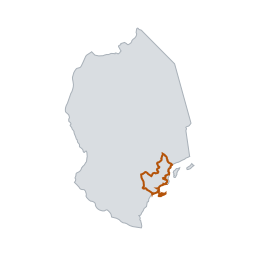 Pwani on a map of United Republic of Tanzania (Albers equal-area conic projection), rotated 46°
{"feature_id": "TZA-3382", "entity_name": "Pwani", "entity_type": "Region", "adm_level": 1, "iso_a3": "TZA", "parent_name": "United Republic of Tanzania", "parent_adm1": "", "projection": "albers", "projection_center": [38.969, -7.175], "detail": "fine", "context": "in_parent", "style": "outline", "palette": "amber", "viewbox_px": 256, "rotation_deg": 46, "n_neighbors": 0, "source": "natural_earth", "source_scale": "10m", "svg_char_len": 7670}
<svg xmlns="http://www.w3.org/2000/svg" viewBox="0 0 256 256"><g transform="rotate(46 128 128)"><path d="M100.2,172.9L97.8,171.7L95.7,170.9L93.9,170.1L93.1,169.3L91.5,169.0L90.0,168.9L88.7,168.2L86.0,167.9L85.7,167.4L85.6,166.3L85.2,166.0L84.2,165.7L83.1,165.8L82.5,165.9L82.1,165.9L81.2,165.2L80.4,164.4L80.0,163.0L78.8,162.2L77.3,161.5L73.4,161.7L72.7,161.5L71.8,160.8L70.7,159.7L69.8,158.4L68.9,156.7L68.1,154.3L63.4,145.0L62.9,143.2L61.9,141.2L60.4,138.8L58.9,137.1L56.7,135.5L54.3,133.9L53.0,132.8L50.5,128.4L49.9,126.4L49.5,124.2L49.6,123.4L51.1,120.6L51.2,119.8L51.0,118.7L50.2,116.5L49.2,113.9L47.2,109.0L46.9,107.8L46.9,106.9L47.9,101.9L47.9,101.2L52.5,101.2L55.8,99.0L58.7,95.7L59.2,94.3L60.4,92.2L61.5,91.2L61.9,90.4L62.6,88.4L64.1,86.9L65.6,85.8L65.2,85.1L65.5,84.8L66.3,84.2L67.8,83.7L68.1,82.6L68.1,81.4L67.8,80.7L67.9,79.9L67.6,79.4L66.6,79.3L65.0,78.8L63.7,78.5L62.8,78.2L62.5,77.9L62.4,77.2L63.0,75.3L62.3,74.5L63.9,71.4L64.1,71.0L64.7,70.9L65.6,70.6L66.5,70.4L67.2,70.5L67.7,70.4L68.2,70.0L68.5,68.9L68.8,67.1L68.6,65.7L67.9,64.6L67.7,62.9L68.0,60.6L67.7,58.7L67.0,57.2L66.2,56.3L65.0,55.9L63.2,53.6L62.6,52.5L62.7,51.8L63.3,51.5L64.5,51.6L65.5,51.3L66.5,50.6L67.5,50.4L68.1,50.5L114.2,49.9L168.2,79.3L168.4,79.6L168.8,82.2L168.7,83.1L167.9,84.6L167.7,85.3L167.7,85.9L167.9,86.1L168.6,86.2L169.2,86.5L169.4,86.8L169.9,87.9L170.5,88.5L190.8,103.1L191.3,103.3L191.0,104.5L189.8,107.5L189.8,108.8L189.3,110.2L188.9,111.2L187.7,115.4L186.7,117.0L185.4,120.7L185.2,123.5L185.9,125.4L186.2,127.3L187.8,129.1L189.0,129.8L189.9,130.6L191.4,132.5L192.2,134.4L194.9,135.3L196.0,137.4L195.6,138.9L194.3,140.1L193.2,142.1L192.2,144.7L192.2,148.6L192.8,148.0L194.3,149.0L194.4,151.9L193.0,155.3L192.5,156.9L192.4,158.2L193.5,162.3L195.1,164.3L195.0,165.0L194.6,165.5L197.3,169.2L197.1,172.3L198.1,174.8L198.5,177.0L199.2,178.6L199.4,179.7L198.5,181.0L200.5,181.3L201.7,182.3L202.2,183.3L203.7,183.3L204.5,184.0L205.6,184.5L208.1,186.2L208.7,187.0L209.1,187.8L202.3,193.0L199.8,194.3L198.0,194.9L196.2,195.3L194.4,196.1L192.7,197.4L190.5,198.0L187.9,198.0L185.1,198.9L180.7,201.6L178.2,200.1L176.2,199.7L173.9,199.7L172.5,199.9L172.0,200.2L171.6,201.1L171.2,202.6L169.7,204.1L167.1,205.5L164.6,206.0L162.4,205.7L160.9,205.1L160.1,204.3L159.0,203.9L157.5,204.0L156.0,204.6L154.6,205.7L152.4,206.1L149.3,206.0L147.7,205.5L147.4,204.6L146.1,203.6L143.6,202.4L141.8,202.4L140.7,203.5L139.6,204.3L138.6,204.6L137.8,204.6L136.5,204.3L133.2,204.2L129.9,204.3L129.6,202.6L128.9,201.6L128.3,201.0L127.2,200.9L126.9,200.4L126.5,199.3L126.0,198.5L125.3,197.7L124.8,197.1L124.7,196.4L124.8,195.7L125.4,194.0L125.6,192.8L125.5,191.6L125.2,190.4L124.4,189.0L124.5,188.5L124.2,187.5L124.2,186.8L124.3,186.0L124.2,184.8L123.5,182.4L123.5,181.7L122.8,180.5L120.6,177.8L120.5,177.4L117.1,174.6L115.8,174.0L115.3,174.5L115.1,175.0L115.3,175.9L115.2,176.4L115.0,176.6L114.2,176.6L113.7,176.5L112.5,175.7L111.5,175.5L109.0,175.7L108.2,175.9L107.5,175.7L106.2,174.4L104.6,174.2L103.3,174.1L101.0,172.7L100.2,172.9ZM195.3,125.0L196.4,128.1L196.2,128.7L195.4,129.1L195.0,129.1L194.5,128.6L194.2,127.5L193.6,127.8L192.6,126.5L191.6,126.5L190.7,125.0L191.0,123.7L190.8,121.4L191.9,120.3L192.5,118.4L193.2,119.7L193.4,121.7L194.3,124.1L195.3,125.0ZM200.7,106.5L200.8,107.2L200.5,107.9L200.6,110.1L200.5,111.6L199.6,113.6L199.0,114.3L198.4,114.1L197.9,113.8L197.5,113.2L198.3,109.5L197.9,106.8L199.4,107.0L200.7,106.5ZM198.4,151.4L197.6,151.6L197.3,151.4L196.8,150.8L197.6,150.3L198.4,149.3L200.3,147.8L201.2,146.6L201.1,147.8L200.0,150.3L199.1,150.4L198.4,151.4Z" fill="#d9dde1" stroke="#a8b0b8" stroke-width="1"/><path d="M194.4,139.7L194.2,139.9L194.2,140.2L194.1,140.4L194.1,140.6L193.9,140.8L193.7,141.0L193.4,141.1L193.5,141.3L193.4,141.6L193.2,141.6L192.8,141.6L192.9,141.8L193.1,142.0L193.2,142.5L193.0,143.0L192.8,143.3L192.5,143.6L192.3,144.2L192.0,145.8L192.0,146.1L192.1,146.4L192.3,146.9L192.3,147.2L192.3,147.4L192.2,147.6L192.4,148.1L192.4,148.4L191.7,149.1L192.1,149.0L192.5,148.7L192.7,148.2L192.8,147.7L193.0,147.9L193.2,148.1L193.2,148.3L193.0,148.5L193.5,148.5L193.8,148.5L194.0,148.7L194.4,149.1L194.5,149.3L194.4,149.6L194.2,150.1L194.1,150.3L194.3,150.8L194.3,151.4L194.4,151.6L194.6,151.5L194.7,151.4L194.6,151.9L194.4,152.3L194.0,153.0L193.5,154.3L193.3,154.7L193.2,154.7L193.1,155.0L193.0,155.5L192.9,155.7L192.9,155.8L192.8,156.0L192.6,155.8L192.4,155.7L192.4,155.9L192.4,156.0L192.1,156.2L192.2,156.4L191.4,155.9L190.7,155.9L187.9,156.5L186.1,157.1L185.2,157.3L184.9,157.2L184.5,156.9L183.5,157.2L183.1,157.8L182.8,158.6L182.2,159.0L181.3,159.0L181.1,158.4L180.9,157.0L179.8,156.0L179.1,155.5L177.7,154.3L176.9,153.9L175.2,153.5L173.4,152.9L172.7,152.5L170.7,150.9L170.8,150.8L170.8,150.6L170.9,150.3L171.0,149.6L171.2,149.4L171.3,149.3L171.4,149.1L171.4,148.4L171.6,147.7L171.6,146.9L171.7,146.2L172.1,145.8L172.7,145.6L174.0,145.3L174.5,145.4L175.0,145.5L175.7,145.4L176.4,145.1L178.8,144.7L178.8,144.2L178.6,143.6L177.9,141.8L178.3,140.7L178.7,140.1L179.2,139.8L179.8,139.7L180.1,139.1L180.6,138.5L181.0,137.7L180.9,137.5L180.8,137.4L180.7,136.8L180.5,136.6L180.1,136.7L179.9,136.5L179.6,136.4L179.4,136.5L179.1,136.6L178.8,136.4L178.6,136.2L178.2,136.2L177.7,135.4L177.8,134.6L178.2,133.7L177.9,132.6L177.7,132.5L177.4,132.5L177.2,132.6L176.8,132.8L176.4,132.8L175.0,132.2L174.5,132.0L174.1,132.0L173.8,131.8L173.7,131.5L173.5,131.3L173.4,131.0L173.4,130.7L173.7,130.4L174.1,129.6L174.4,127.3L174.3,126.1L174.1,125.8L173.7,125.6L173.8,125.5L174.0,125.5L173.7,125.4L173.3,125.3L173.0,125.0L172.9,124.6L172.5,124.2L172.1,123.3L171.8,123.0L171.8,122.6L171.7,122.2L171.3,121.5L170.6,120.9L172.8,120.3L173.8,120.6L174.2,120.5L174.6,120.3L175.6,120.4L176.5,120.8L176.9,121.3L177.5,121.5L178.1,121.6L178.5,122.2L178.9,122.4L179.4,122.3L179.6,122.5L179.8,122.7L180.3,122.8L180.5,122.7L180.9,122.7L181.2,122.7L181.4,122.6L181.6,122.7L182.4,122.4L182.7,122.3L183.0,122.0L183.4,122.0L183.7,121.9L183.9,121.7L185.1,121.9L185.1,122.3L184.9,122.6L184.8,122.9L184.8,123.3L185.1,123.6L185.3,124.2L185.3,124.4L185.7,124.6L186.0,124.8L186.0,125.5L186.0,125.8L185.9,126.2L185.7,126.4L185.8,126.7L185.9,127.6L186.1,127.9L186.2,128.0L186.4,128.1L186.6,128.2L186.6,128.4L186.6,128.5L186.8,128.8L186.9,129.0L187.0,129.0L187.3,129.1L187.5,129.3L188.1,129.4L188.3,129.5L188.6,129.5L188.6,129.4L188.4,129.3L188.2,129.3L187.9,129.1L188.3,129.2L188.6,129.3L189.4,130.1L189.9,130.7L189.5,131.0L189.3,131.2L189.0,131.9L188.9,132.6L188.7,133.2L188.3,133.8L188.3,134.0L188.7,134.0L188.8,134.2L188.8,134.4L189.0,134.9L189.4,135.2L189.4,135.5L189.6,135.8L189.4,136.1L189.1,136.2L188.9,136.6L188.9,136.9L188.6,137.2L188.4,137.6L188.6,137.7L188.9,137.6L189.2,137.9L189.5,137.7L189.7,137.4L190.0,137.1L190.5,137.3L190.7,137.1L190.8,136.9L191.1,136.9L191.3,136.9L191.6,136.4L192.1,136.3L192.3,136.4L192.5,136.3L192.9,136.4L193.2,136.5L193.6,137.0L194.0,137.5L194.0,139.6L194.3,139.7L194.4,139.7ZM201.0,146.4L201.3,146.7L201.2,147.1L201.0,148.1L200.6,149.1L200.4,149.3L200.4,149.5L200.2,149.9L200.2,150.0L200.0,150.3L200.0,150.5L199.8,150.5L199.4,150.4L199.0,150.5L198.8,150.8L198.7,151.1L198.6,151.3L198.0,151.6L197.7,151.6L197.2,151.5L196.8,151.1L196.6,150.9L196.9,150.9L197.1,150.8L197.1,150.7L197.3,150.5L197.5,150.4L198.1,149.8L198.3,149.5L198.2,149.3L198.2,149.1L198.4,149.0L198.6,148.9L198.9,148.9L199.1,148.9L199.6,148.7L199.8,148.6L199.6,148.5L199.3,148.5L199.3,148.4L199.6,148.3L199.8,148.1L200.2,148.0L200.3,147.9L200.4,147.5L200.5,147.3L200.7,147.1L200.8,147.0L201.0,146.6L201.0,146.4ZM198.8,151.7L199.3,151.6L199.6,151.6L199.7,151.8L199.5,152.0L198.9,152.7L198.5,153.1L198.2,153.1L198.1,152.8L198.2,152.4L198.4,152.1L198.8,151.7Z" fill="none" stroke="#b45309" stroke-width="2"/></g></svg>